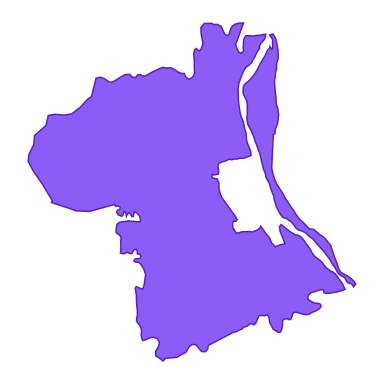 outline of Markz Al Minya, Al Minya, Egypt
{"feature_id": "37247803B71676379887746", "entity_name": "Markz Al Minya", "entity_type": "district", "adm_level": 2, "iso_a3": "EGY", "parent_name": "Egypt", "parent_adm1": "Al Minya", "projection": "equal_earth", "projection_center": [30.728, 28.101], "detail": "fine", "context": "isolated", "style": "filled", "palette": "violet", "viewbox_px": 384, "rotation_deg": 0, "n_neighbors": 0, "source": "geoboundaries", "source_scale": "gbopen_adm2", "svg_char_len": 5980}
<svg xmlns="http://www.w3.org/2000/svg" viewBox="0 0 384 384"><path d="M251.1,155.6L250.6,151.0L247.4,143.2L246.6,140.1L246.1,133.6L244.5,127.8L243.3,121.5L241.5,117.5L240.1,113.0L239.1,106.0L238.4,100.8L238.3,94.5L238.0,89.1L238.9,83.3L240.9,77.6L243.3,71.7L245.8,67.4L249.5,64.7L251.6,62.8L253.0,59.7L254.4,57.8L255.9,54.4L257.9,50.9L259.6,48.4L259.5,46.3L260.5,43.7L262.9,41.3L264.6,38.9L265.4,36.8L265.7,34.1L259.5,35.3L256.2,35.4L253.4,36.1L248.4,35.6L246.1,35.7L245.0,37.0L243.9,39.1L243.4,42.4L243.5,45.1L243.0,47.1L243.6,50.4L243.1,51.8L240.8,53.2L238.6,51.9L236.8,47.9L235.6,44.6L243.6,23.0L238.6,23.2L236.3,23.9L235.8,23.9L232.4,26.0L231.9,26.7L230.8,28.7L228.7,34.8L227.0,35.5L224.7,34.3L221.2,26.3L217.2,24.4L213.8,24.5L211.5,23.3L204.2,23.5L200.9,27.6L201.1,33.6L202.9,42.9L202.4,45.6L200.8,49.6L199.1,51.0L197.4,49.7L196.3,48.4L194.6,49.8L193.6,54.5L194.3,59.8L194.4,69.9L194.7,73.2L193.4,75.9L192.3,77.3L189.0,79.4L185.6,76.8L184.4,73.5L182.7,73.5L179.9,72.9L177.6,71.7L175.9,70.4L171.3,67.8L166.8,68.0L162.3,67.4L152.8,71.7L145.6,75.9L142.8,76.0L140.5,74.7L137.7,74.8L135.5,77.6L132.1,77.0L129.8,74.4L125.3,74.5L120.3,77.3L114.8,80.8L111.4,82.3L108.6,81.7L105.2,79.1L100.6,77.2L99.5,77.3L97.3,78.0L96.1,78.1L91.5,96.6L88.2,98.7L80.8,106.8L71.7,113.9L64.2,115.1L55.0,114.3L48.3,115.4L46.0,125.4L34.5,135.6L33.8,144.5L28.9,154.5L28.2,161.4L33.4,171.2L42.8,184.8L48.0,193.6L52.3,200.5L51.4,202.5L70.8,208.9L75.8,210.8L89.2,211.5L114.4,204.5L115.6,206.4L117.8,205.7L120.1,207.0L120.1,209.0L117.3,210.4L116.8,212.4L118.5,215.1L121.9,216.3L123.0,214.9L124.1,210.9L125.8,212.8L126.4,216.2L127.5,214.1L129.2,212.7L130.9,214.7L132.1,216.7L133.2,216.6L134.2,211.9L135.9,212.5L137.1,213.2L139.4,216.0L140.6,219.8L140.0,221.8L137.2,221.9L133.9,221.3L131.6,221.4L128.8,220.8L124.9,221.6L122.6,221.6L119.2,222.4L117.0,224.5L116.0,229.8L116.1,232.5L120.1,235.7L121.2,237.7L120.7,241.1L120.9,249.1L120.4,253.1L122.7,253.7L124.9,253.6L127.1,252.2L129.4,253.5L132.2,253.4L133.3,250.7L135.0,249.3L136.1,249.3L137.3,251.3L137.3,253.9L138.4,253.9L140.1,254.5L140.7,255.9L140.7,257.2L139.6,258.6L135.7,258.7L134.1,260.1L134.1,261.4L135.8,262.0L139.2,262.6L141.5,265.2L143.8,269.1L145.6,274.4L144.1,285.2L142.5,289.2L141.9,289.3L139.7,288.0L136.3,286.7L135.2,288.1L136.4,295.4L136.6,304.1L137.3,310.1L137.4,314.8L136.4,320.2L137.5,322.8L139.8,325.4L141.0,328.1L141.6,331.4L141.1,334.7L141.8,338.7L142.9,340.7L146.9,339.3L148.0,338.5L152.6,337.2L153.2,337.2L157.1,338.4L157.6,339.5L159.1,341.3L159.3,343.6L158.3,346.9L156.8,349.5L155.6,351.1L155.7,355.9L158.9,357.8L163.0,361.0L165.7,358.2L172.5,357.8L177.6,357.1L179.1,355.8L185.6,352.6L186.4,351.5L189.1,346.8L191.9,344.6L195.4,344.5L197.3,346.2L200.6,350.5L202.2,351.7L205.6,351.6L207.8,348.9L208.2,345.5L230.7,333.7L232.2,332.8L237.2,331.3L239.4,329.9L241.7,329.2L243.9,327.1L246.7,326.4L250.5,323.6L252.6,324.1L253.9,324.8L255.6,323.5L258.8,316.0L260.5,315.4L264.5,315.8L266.1,315.1L267.8,315.1L269.0,317.7L269.6,322.4L273.1,329.0L277.7,332.2L280.5,332.1L282.1,328.1L282.6,324.7L282.5,320.7L284.2,319.3L287.0,318.6L288.1,319.2L289.8,319.8L290.9,319.1L292.0,316.4L292.5,314.4L293.6,312.4L296.4,312.3L299.2,312.9L302.1,314.1L306.6,314.7L309.9,313.9L311.6,312.5L315.5,311.1L318.8,309.0L320.5,307.6L321.0,305.6L320.4,304.3L319.3,303.6L315.9,303.1L314.2,303.1L310.8,301.2L308.0,299.3L307.9,297.3L308.5,295.2L311.2,292.5L314.6,291.7L318.5,290.3L323.0,289.5L323.6,290.8L323.6,291.5L324.2,292.8L325.7,293.4L329.2,293.3L337.6,291.8L345.1,289.5L342.7,284.1L335.5,274.1L332.2,271.5L331.7,272.0L327.7,268.8L326.2,268.0L325.2,266.4L323.5,264.4L321.9,262.2L319.8,260.2L317.3,258.5L314.6,256.3L311.9,252.5L309.9,248.7L305.7,243.1L303.5,239.6L301.2,237.1L298.9,235.6L294.9,234.6L290.3,231.7L285.1,227.8L281.1,224.5L279.4,226.7L280.1,231.3L285.0,243.6L281.5,244.7L280.3,244.7L278.7,245.4L277.5,246.1L276.4,246.1L275.3,246.8L272.4,243.6L272.1,243.6L270.1,239.6L269.5,237.6L266.0,233.7L260.8,226.2L260.2,227.5L257.5,229.9L253.6,231.4L252.5,232.1L250.2,231.5L242.4,231.7L240.1,232.4L236.1,233.3L235.6,231.9L232.7,227.3L232.6,222.6L233.7,221.2L236.0,221.2L237.1,219.8L235.9,217.2L221.4,196.9L220.2,193.6L219.0,188.9L218.9,182.9L217.1,178.9L212.0,177.8L212.0,174.7L212.5,174.4L214.2,175.0L216.5,174.3L218.2,174.2L218.7,172.2L218.6,169.6L218.0,166.9L218.0,164.9L219.6,162.8L223.6,161.4L226.4,160.7L229.1,159.2L232.0,159.8L233.6,159.1L237.6,159.0L239.8,158.3L243.8,158.2L251.1,155.6ZM355.8,284.2L354.1,281.4L352.2,279.5L347.5,275.9L345.4,275.0L342.8,273.5L340.5,271.9L338.3,267.7L337.1,263.7L334.7,257.7L330.6,245.2L328.3,242.6L325.4,238.6L321.1,235.2L319.6,234.6L317.8,232.7L313.6,229.4L309.0,228.7L304.6,223.8L299.4,219.1L295.7,214.0L293.9,210.7L290.5,206.2L287.6,201.6L285.3,198.3L282.9,193.7L277.1,184.5L274.8,179.9L273.0,173.9L271.7,168.3L273.3,134.5L275.0,133.7L275.5,128.4L277.6,123.6L278.6,114.9L277.9,108.9L276.1,103.5L276.0,97.6L275.4,93.0L274.6,85.0L274.5,80.3L275.1,77.6L275.5,72.3L276.6,68.9L276.5,64.1L278.2,58.1L278.0,50.5L276.5,42.3L275.6,38.1L272.9,34.0L269.7,35.0L272.5,39.3L272.8,47.6L272.5,48.1L271.8,49.3L269.9,46.6L269.7,48.2L267.6,50.2L264.8,56.3L263.1,58.6L261.9,61.3L260.3,63.3L259.0,66.3L256.8,70.5L254.2,74.6L252.0,77.5L248.9,80.8L246.3,83.0L244.3,84.8L243.2,87.3L243.1,92.6L243.7,94.7L246.8,101.2L247.3,104.2L247.3,113.4L246.8,118.6L247.2,121.7L248.1,124.9L250.7,129.8L253.4,135.9L255.3,141.7L258.4,149.8L260.1,154.8L261.1,158.8L261.6,161.7L262.7,165.7L263.2,168.4L265.5,174.0L265.7,176.8L269.4,183.6L270.7,188.6L272.4,193.0L273.9,196.1L274.0,198.6L274.7,201.4L275.7,204.1L276.2,206.5L279.4,212.8L281.3,215.5L282.6,217.0L284.0,218.0L286.2,218.2L289.0,220.4L290.8,221.3L293.1,223.9L296.3,228.4L298.8,230.1L303.1,231.4L306.1,233.3L309.4,236.6L312.9,239.0L316.6,243.4L323.9,251.6L326.2,254.7L328.9,258.1L330.0,259.6L332.1,263.7L334.7,267.2L338.1,273.3L341.6,276.2L343.6,276.9L344.8,277.9L346.0,280.2L348.1,283.0L349.2,283.3L350.4,283.3L351.7,284.0L353.6,286.8L355.8,284.2Z" fill="#8b5cf6" stroke="#5b21b6" stroke-width="1.5"/></svg>